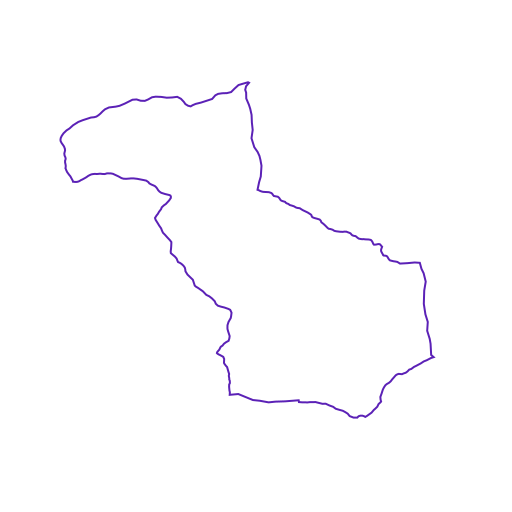 outline of Jaray, Lhuntshi, Bhutan, rotated 252°
{"feature_id": "84629894B50145764455889", "entity_name": "Jaray", "entity_type": "district", "adm_level": 2, "iso_a3": "BTN", "parent_name": "Bhutan", "parent_adm1": "Lhuntshi", "projection": "equal_earth", "projection_center": [91.09, 27.454], "detail": "fine", "context": "isolated", "style": "outline", "palette": "violet", "viewbox_px": 512, "rotation_deg": 252, "n_neighbors": 0, "source": "geoboundaries", "source_scale": "gbopen_adm2", "svg_char_len": 5601}
<svg xmlns="http://www.w3.org/2000/svg" viewBox="0 0 512 512"><g transform="rotate(252 256 256)"><path d="M428.6,106.8L427.3,106.1L426.4,105.8L425.4,105.7L424.4,105.9L423.2,106.1L422.4,106.4L421.1,106.8L420.1,107.1L419.1,107.3L418.0,107.3L417.3,107.4L416.3,107.2L415.6,107.1L414.7,106.6L412.8,105.4L411.4,105.1L410.7,105.0L409.7,105.1L409.0,105.2L407.6,105.1L406.7,104.7L405.5,103.8L404.7,103.6L403.8,103.3L402.3,103.2L400.5,102.9L399.2,102.4L398.4,101.9L397.7,102.0L396.7,102.0L394.2,102.3L391.1,103.3L389.1,104.1L386.8,104.5L384.2,105.0L383.2,104.9L382.4,106.7L382.1,107.5L381.8,108.7L381.7,110.2L381.8,111.0L382.0,112.0L382.3,113.2L382.4,114.4L382.7,115.9L382.9,117.0L383.2,118.4L383.5,119.5L384.0,121.1L384.2,122.1L384.4,123.4L384.5,124.7L384.3,126.2L384.1,127.1L383.9,128.1L383.5,129.1L383.2,129.8L383.0,130.6L382.7,132.0L382.5,133.0L382.2,133.8L381.7,134.8L381.4,135.5L381.1,136.3L380.8,137.1L380.6,138.4L380.7,139.2L380.4,140.6L379.9,142.0L379.5,143.3L378.4,145.3L374.2,149.8L371.6,152.2L370.4,154.0L369.5,156.5L368.8,159.4L368.4,161.2L367.7,163.4L366.1,166.9L363.0,172.5L361.6,174.9L359.5,176.5L358.0,177.0L356.2,178.7L355.0,180.1L353.8,181.4L352.4,182.2L351.2,182.7L348.8,183.3L347.1,184.1L345.4,185.4L343.1,188.6L340.7,192.5L339.9,193.3L338.7,193.4L337.5,192.9L335.7,190.6L333.3,186.3L332.7,184.2L331.4,181.4L329.9,180.2L327.9,177.3L326.4,175.7L325.3,174.0L323.4,171.7L321.4,171.7L317.5,172.7L314.9,173.3L311.6,174.3L309.4,174.4L306.9,174.7L304.3,176.0L301.3,177.3L297.7,179.0L295.4,179.8L294.2,179.4L291.3,178.3L289.1,177.4L286.8,176.3L285.0,175.9L282.4,177.5L280.5,178.7L278.1,179.7L276.2,179.8L274.3,180.0L273.1,181.4L271.5,182.7L269.2,184.0L267.0,184.7L265.2,184.6L263.2,184.2L259.5,185.1L256.1,186.9L252.9,188.6L250.7,188.6L248.7,188.6L246.8,188.6L245.4,189.4L243.6,191.0L238.8,194.6L234.4,196.7L232.1,199.1L229.3,201.0L225.7,202.8L223.0,203.0L220.5,204.4L218.6,207.1L216.8,210.0L214.2,213.4L212.8,214.8L211.5,215.0L209.6,215.2L208.3,214.6L206.4,213.7L204.8,212.8L201.8,209.5L199.0,207.5L196.1,206.5L195.1,206.3L192.8,206.2L189.4,206.2L188.0,206.2L185.9,205.2L184.9,204.5L183.8,203.7L183.3,201.0L182.5,198.5L181.1,196.4L180.6,194.5L179.5,193.3L178.3,192.2L177.3,190.5L176.4,189.2L175.7,188.8L175.0,189.2L173.9,190.1L173.0,191.1L171.2,192.8L170.2,193.7L167.9,193.9L164.2,192.5L163.1,192.7L160.8,193.5L159.3,194.2L157.0,194.1L154.1,194.0L152.1,194.0L150.4,193.1L149.6,193.0L148.0,192.8L146.9,192.4L145.4,192.5L143.2,191.9L142.1,190.8L139.9,190.0L136.4,189.2L134.4,189.0L132.1,188.1L130.2,196.5L120.0,208.5L117.2,214.8L112.9,222.8L111.5,229.4L108.8,238.7L105.6,252.0L103.8,251.7L102.4,255.1L101.4,258.2L100.9,259.4L100.4,261.9L99.3,265.3L98.7,267.5L97.9,268.7L96.6,270.8L94.9,273.5L94.0,276.6L91.2,279.6L88.7,282.8L86.1,284.6L84.1,287.5L82.0,290.7L80.0,292.6L77.7,294.5L74.8,295.6L72.2,298.8L71.0,302.3L71.9,304.1L71.9,305.9L71.3,307.8L70.2,309.3L69.2,310.2L69.6,312.1L70.7,315.6L71.3,317.5L73.2,320.5L73.9,322.2L75.2,324.8L77.3,326.8L78.4,329.2L78.9,330.0L80.9,330.1L83.5,330.7L86.2,332.8L89.8,335.4L91.5,337.1L93.1,339.1L93.8,340.8L94.3,343.3L95.2,345.4L96.6,347.4L97.9,349.6L99.4,352.1L99.8,353.8L99.8,355.3L99.1,356.9L98.5,358.3L98.7,360.2L98.7,362.3L99.4,364.4L100.6,366.6L100.6,368.8L101.7,372.0L102.0,374.2L102.5,377.0L102.9,379.4L103.9,383.0L104.1,386.2L104.9,390.9L104.9,393.7L107.8,392.0L110.7,392.8L118.6,394.9L123.5,395.6L132.0,395.7L140.2,399.0L148.2,399.1L158.6,400.8L171.1,405.3L179.2,409.5L187.8,410.1L192.7,409.4L198.9,409.7L200.8,404.9L202.4,397.8L204.3,390.6L206.7,388.6L207.7,386.8L208.6,385.0L209.9,382.9L210.5,382.0L211.5,381.5L212.8,381.1L214.4,380.8L215.2,380.5L215.8,380.0L216.4,379.0L216.9,377.7L217.4,377.2L218.2,377.2L219.3,376.9L220.7,376.7L221.5,376.5L222.5,376.6L223.5,377.0L224.6,377.8L225.8,378.8L227.2,378.2L228.7,377.6L229.4,376.6L229.7,375.0L229.8,373.6L230.3,371.7L231.2,371.3L233.9,371.0L235.5,370.4L236.1,369.7L237.0,368.0L237.6,366.3L238.1,365.0L238.9,363.3L239.1,362.3L239.8,360.8L240.8,359.1L241.7,358.4L242.6,357.8L243.4,357.4L244.3,356.6L244.8,355.5L245.9,354.0L247.0,353.4L248.3,352.9L249.4,351.7L250.5,350.3L251.2,349.5L251.8,347.8L252.2,345.8L253.1,343.4L254.7,340.0L255.7,338.3L257.3,337.0L258.6,335.2L259.5,333.5L260.5,332.8L263.5,331.3L264.6,330.7L265.5,330.2L267.0,329.2L267.8,328.6L269.5,328.5L271.0,327.8L272.3,326.0L274.2,323.1L275.5,321.6L276.4,321.3L277.8,321.3L278.6,320.9L281.4,318.6L285.1,314.7L286.5,313.5L287.9,312.4L289.0,310.1L289.8,309.0L291.5,307.5L292.9,305.6L294.1,303.8L295.5,302.9L296.4,301.7L297.4,300.8L298.5,300.4L299.8,298.5L300.8,297.2L301.8,296.6L304.1,296.0L305.6,295.1L306.7,293.1L307.6,291.5L309.4,290.8L310.2,290.7L311.3,289.9L312.7,288.0L313.8,285.2L314.5,283.3L315.2,281.9L315.7,281.2L316.6,280.0L317.4,279.3L317.9,278.7L318.5,277.9L325.3,281.8L330.1,285.1L340.1,289.1L345.9,289.9L350.1,290.2L354.4,289.7L360.0,288.0L369.4,288.1L376.9,291.8L384.1,293.3L391.6,295.4L397.8,296.0L402.0,296.0L408.8,295.4L414.4,297.1L417.4,297.1L420.5,299.0L422.9,302.9L423.7,302.1L423.9,296.8L424.0,292.2L421.8,287.3L419.6,283.0L419.9,278.7L421.2,274.2L421.9,270.1L421.4,267.0L418.9,262.8L418.9,258.5L418.9,251.1L419.3,245.6L419.0,242.3L418.5,240.1L419.9,237.8L422.3,235.8L424.9,235.0L428.7,233.2L431.7,230.3L432.7,225.2L434.1,220.1L436.6,215.0L438.5,209.9L439.1,206.2L438.2,201.7L437.9,198.2L439.3,194.3L441.8,190.8L442.8,186.8L441.5,178.3L441.0,172.6L441.4,168.7L442.7,162.1L442.2,157.8L441.0,154.9L439.5,152.0L438.6,149.8L437.9,147.3L438.0,145.0L438.7,141.8L438.7,136.8L438.7,133.2L438.4,128.4L436.9,122.5L434.9,118.0L434.0,114.6L432.2,110.9L430.3,108.4L428.6,106.8Z" fill="none" stroke="#5b21b6" stroke-width="2"/></g></svg>